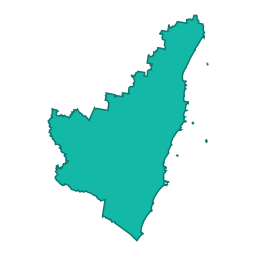 Coffs Harbour, New South Wales, Australia
{"feature_id": "25037944B5888724581246", "entity_name": "Coffs Harbour", "entity_type": "district", "adm_level": 2, "iso_a3": "AUS", "parent_name": "Australia", "parent_adm1": "New South Wales", "projection": "natural_earth1", "projection_center": [153.061, -30.173], "detail": "fine", "context": "isolated", "style": "filled", "palette": "teal", "viewbox_px": 256, "rotation_deg": 0, "n_neighbors": 0, "source": "geoboundaries", "source_scale": "gbopen_adm2", "svg_char_len": 5802}
<svg xmlns="http://www.w3.org/2000/svg" viewBox="0 0 256 256"><path d="M136.9,240.6L139.5,236.9L142.3,233.8L141.1,231.8L140.9,230.6L141.5,227.1L143.7,221.1L147.0,215.5L149.9,211.9L150.3,210.9L151.7,211.3L151.9,210.8L151.5,210.5L151.7,209.7L151.3,208.5L151.4,207.1L152.2,204.8L152.8,203.8L153.3,203.9L153.5,202.9L153.4,202.5L152.3,202.1L154.7,196.5L158.5,190.6L162.3,186.4L164.6,184.9L166.6,185.5L166.7,185.0L168.0,183.8L166.4,184.7L163.7,183.9L163.7,182.5L164.5,181.1L167.1,182.5L168.5,182.0L167.9,181.4L166.5,181.9L165.7,180.9L164.0,180.5L163.6,179.7L163.3,178.5L163.8,178.0L163.5,176.0L163.9,173.5L164.5,172.3L165.3,172.3L165.4,171.4L166.3,170.7L165.7,170.2L165.1,170.3L164.6,169.5L165.0,167.9L165.4,167.6L166.1,168.0L166.2,167.5L165.4,166.7L164.1,166.8L163.5,166.3L163.8,165.3L163.1,164.6L163.6,162.6L164.1,162.6L163.7,161.9L165.0,158.3L168.7,152.9L168.3,152.2L168.5,150.5L170.8,145.4L171.7,145.0L171.6,144.3L170.9,143.9L170.9,142.9L172.7,138.2L176.4,132.5L178.6,130.0L180.6,130.3L181.5,129.7L180.3,129.3L180.4,128.3L181.1,127.6L180.5,127.4L180.4,126.9L181.1,125.2L182.1,124.6L182.1,123.7L184.1,121.7L185.1,121.8L185.5,121.4L186.0,121.5L185.9,121.1L184.6,121.0L184.0,120.2L184.2,117.5L185.1,117.0L184.0,116.7L183.6,115.0L184.2,112.3L185.5,110.2L185.3,108.1L186.1,105.0L186.8,103.5L188.2,103.6L187.9,103.0L188.4,102.1L187.8,101.7L186.7,101.9L185.5,101.5L184.7,101.9L183.7,100.1L183.6,97.8L184.4,95.9L184.0,94.2L184.1,92.7L184.9,89.3L185.8,89.0L185.8,88.6L185.0,88.2L184.9,87.1L185.3,86.0L186.4,85.3L186.0,84.7L184.9,84.6L184.7,84.0L184.9,82.1L185.9,81.7L185.9,81.1L185.2,80.9L184.0,81.6L183.3,81.0L182.6,79.8L182.3,77.2L182.7,74.3L183.3,72.3L185.0,68.9L186.1,67.6L186.1,66.7L187.8,63.8L190.0,58.6L194.5,50.7L195.4,50.0L195.0,49.0L198.7,43.4L201.6,38.3L203.0,37.1L203.5,37.0L204.0,37.8L204.4,35.8L204.1,35.5L203.4,35.8L203.2,35.2L203.4,33.5L204.5,32.9L204.0,32.2L203.3,29.6L203.4,25.5L203.0,25.1L202.8,24.1L198.5,23.3L198.8,21.2L198.1,21.1L197.8,19.5L196.9,19.2L197.1,16.7L196.7,15.4L194.0,15.4L192.7,19.9L191.8,19.9L190.1,19.0L186.7,19.7L186.5,20.0L186.9,21.7L186.7,23.2L178.0,21.7L177.2,21.9L176.2,24.0L174.3,26.2L173.2,26.6L172.5,26.2L170.3,28.8L170.5,28.2L169.2,25.9L169.1,25.1L168.8,25.2L167.8,31.6L161.6,30.6L161.4,31.6L159.8,33.7L160.6,34.2L162.8,34.0L162.3,37.9L162.1,37.9L162.3,38.8L162.7,39.5L165.1,40.2L164.4,45.3L165.5,46.2L165.1,47.5L165.3,48.2L165.1,49.4L162.9,48.9L162.9,48.6L157.8,47.7L157.3,50.7L156.2,50.5L155.9,52.1L154.0,51.8L153.3,55.8L152.6,55.6L151.5,56.6L150.6,56.8L150.1,56.7L149.1,55.2L149.0,55.7L148.3,55.6L147.2,63.0L150.5,63.5L150.3,65.2L152.0,64.4L150.9,69.3L151.2,69.8L150.0,69.6L148.0,70.4L147.5,71.8L147.7,72.2L147.0,76.5L144.2,76.0L144.7,72.5L137.8,71.4L136.9,72.9L135.8,73.1L135.0,74.8L135.0,76.0L131.6,75.4L131.8,76.5L133.6,77.7L134.5,80.6L134.4,82.2L133.3,83.3L134.0,83.8L133.7,84.6L133.8,85.3L132.5,86.9L130.5,86.5L129.1,87.6L128.6,90.9L128.9,91.7L128.5,93.0L129.6,93.8L122.5,92.9L123.0,94.9L122.3,94.8L122.6,96.7L116.3,95.6L116.1,96.9L114.6,96.6L114.9,94.8L106.3,93.0L106.7,94.3L105.6,95.3L105.5,95.8L106.2,97.1L105.7,97.8L105.3,100.2L107.3,100.5L108.9,103.2L107.8,110.4L96.1,108.4L95.0,108.8L94.6,107.9L89.1,120.4L85.5,116.0L84.6,116.3L83.2,115.6L81.5,113.8L79.1,112.2L77.4,109.1L76.7,110.3L76.1,110.1L75.8,109.6L74.8,110.2L73.9,109.9L74.2,111.6L73.7,111.6L73.7,112.1L72.9,112.8L72.4,112.0L71.9,112.1L72.2,112.6L71.8,113.4L72.1,114.5L71.7,114.7L71.2,114.3L70.4,115.0L70.8,115.5L70.3,116.1L70.4,116.8L69.5,117.0L68.8,117.7L68.6,117.0L67.1,117.0L65.2,116.0L64.7,115.4L64.1,115.8L62.6,115.5L62.6,116.2L61.2,114.7L60.8,115.5L59.7,115.5L59.3,116.3L56.9,115.6L56.1,114.1L56.6,112.2L58.0,111.4L57.8,110.7L55.7,109.7L54.1,109.8L52.3,108.7L52.1,109.3L52.5,112.0L52.1,113.2L52.5,114.0L51.2,115.8L52.4,117.5L51.0,118.0L50.7,118.6L49.5,119.3L49.5,120.2L48.2,121.0L48.9,123.0L49.8,123.6L49.4,124.5L49.9,125.0L49.7,125.7L49.3,126.3L49.6,127.0L51.7,127.8L50.8,129.4L49.5,130.2L49.6,131.5L49.2,132.4L50.9,133.3L50.7,135.1L50.1,135.8L50.5,136.2L51.8,136.1L52.5,136.9L52.1,137.7L52.6,139.1L54.1,139.9L54.3,141.0L55.6,141.9L55.2,142.8L55.5,144.5L56.9,144.2L58.6,144.5L59.0,145.2L60.1,145.4L60.6,146.0L60.9,146.9L60.2,147.0L59.5,147.7L59.5,148.1L61.1,148.6L60.9,149.2L61.4,149.7L61.1,151.2L62.1,152.3L64.7,153.7L64.8,154.9L65.4,154.9L64.3,155.7L66.0,157.6L65.9,160.3L66.5,160.7L67.1,160.4L68.2,160.9L67.4,161.4L66.8,163.0L65.7,162.3L65.3,163.6L63.6,163.7L63.5,164.5L63.0,164.8L63.1,165.7L62.1,166.9L62.2,167.6L60.9,167.1L60.4,167.4L60.9,168.6L60.7,169.0L58.8,168.2L58.3,166.7L57.8,167.3L57.7,166.2L57.1,165.9L57.3,165.4L56.4,165.9L56.5,167.4L56.0,168.7L56.9,169.4L56.9,169.9L57.3,169.8L56.2,170.5L55.6,171.7L56.5,172.5L56.8,173.4L57.6,174.4L57.1,175.4L55.6,176.5L55.2,177.4L55.4,178.4L56.2,179.1L56.3,180.0L58.0,181.3L61.1,184.6L62.0,184.3L62.7,185.5L63.3,185.1L64.1,185.2L65.3,183.8L65.9,184.5L68.2,184.8L68.7,185.6L68.8,186.3L71.0,188.1L71.2,189.3L74.9,190.3L75.9,191.1L78.0,190.2L78.4,190.9L80.0,191.9L80.8,191.7L81.7,190.8L82.5,191.0L83.0,191.8L83.8,192.1L85.6,191.1L89.3,192.8L90.6,192.9L93.3,194.8L96.4,196.2L97.3,197.9L98.5,199.1L100.2,199.9L100.6,200.9L105.1,199.7L102.5,216.1L103.0,216.1L103.0,216.6L103.4,216.2L103.6,216.6L105.1,216.7L106.1,217.4L106.0,218.0L108.0,218.5L109.6,219.8L110.4,219.4L111.5,221.1L111.7,222.0L114.4,221.5L114.9,221.9L114.8,222.9L129.9,233.8L136.9,240.6ZM206.4,141.2L206.5,139.9L205.9,140.1L205.7,140.9L206.4,142.2L207.0,141.5L206.4,141.2ZM192.3,122.9L192.7,123.7L193.5,123.1L193.0,122.4L192.3,122.9ZM177.9,155.7L177.4,155.1L176.8,155.5L177.1,155.9L177.9,155.7ZM207.6,64.0L207.4,63.8L207.5,65.3L207.8,64.6L207.8,63.6L207.6,64.0ZM142.3,232.9L142.0,232.9L142.4,233.5L142.3,234.0L142.7,234.1L142.9,233.7L142.6,233.7L142.3,232.9ZM186.1,110.7L186.5,110.7L186.8,110.5L186.2,110.4L186.1,110.7Z" fill="#14b8a6" stroke="#0f766e" stroke-width="1.5"/></svg>